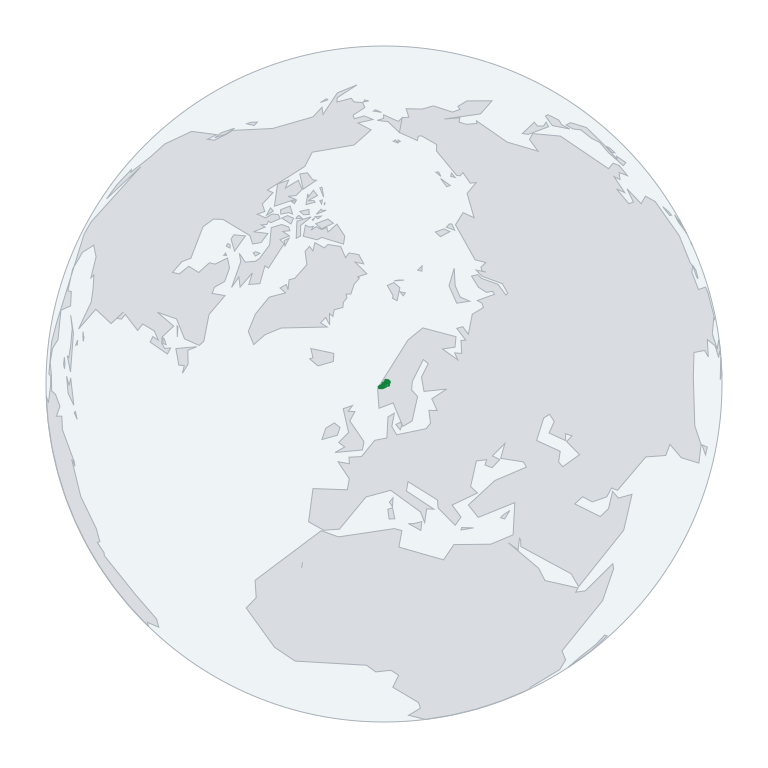 globe centered on Møre og Romsdal
{"feature_id": "NOR-910", "entity_name": "Møre og Romsdal", "entity_type": "County", "adm_level": 1, "iso_a3": "NOR", "parent_name": "Norway", "parent_adm1": "", "projection": "orthographic", "projection_center": [7.305, 62.718], "detail": "fine", "context": "on_globe", "style": "filled", "palette": "green", "viewbox_px": 768, "rotation_deg": 0, "n_neighbors": 0, "source": "natural_earth", "source_scale": "10m", "svg_char_len": 15426}
<svg xmlns="http://www.w3.org/2000/svg" viewBox="0 0 768 768"><circle cx="384" cy="384" r="338" fill="#eef3f6" stroke="#a8b0b8"/><path d="M46.3,396.2L48.4,402.7L50.7,385.0L50.7,376.2L48.9,373.9L51.6,342.0L56.3,323.9L84.1,234.1L91.2,221.8L97.9,214.4L140.7,166.8L106.6,198.8L116.8,184.9L131.3,169.6L130.9,172.2L150.8,156.6L164.6,144.1L191.6,131.4L216.5,134.6L207.5,139.4L214.5,140.1L226.3,134.3L232.4,130.4L272.6,128.5L313.0,116.9L322.0,107.2L323.0,114.4L337.4,92.8L356.9,84.9L337.2,97.7L336.9,102.0L351.3,98.3L354.1,102.0L362.7,102.5L364.8,107.5L353.1,115.2L354.3,118.7L364.4,115.9L372.9,119.5L357.9,123.0L371.1,129.9L354.0,145.0L312.2,152.2L304.8,166.5L267.4,190.1L273.0,192.7L262.3,204.0L264.8,211.5L257.1,214.2L265.7,217.9L272.2,214.0L278.2,214.5L280.2,218.6L270.8,222.7L268.4,221.2L266.8,224.5L261.2,224.8L265.1,227.1L253.5,231.8L267.9,233.5L261.1,242.5L252.6,244.0L249.8,235.5L223.0,219.4L213.5,219.1L203.0,226.7L190.9,258.2L182.0,261.6L172.5,272.4L179.1,274.0L188.8,266.3L198.7,272.5L209.4,262.8L215.0,264.1L227.5,258.0L229.5,268.1L224.7,281.4L214.5,287.2L212.1,293.4L225.0,295.6L209.0,314.5L203.8,341.2L199.3,345.4L184.6,338.9L176.5,318.9L157.5,312.3L173.7,326.1L162.0,337.1L161.7,343.1L164.6,348.3L170.6,348.0L167.4,354.0L150.2,342.1L152.8,336.5L158.3,340.2L154.4,331.0L142.7,324.0L137.7,330.5L125.3,314.4L121.5,319.1L116.8,318.4L123.5,311.9L111.1,323.6L95.8,309.3L78.5,329.0L91.2,302.1L93.1,288.9L93.9,275.0L90.9,277.9L96.1,256.8L93.7,245.2L82.6,252.2L72.6,269.1L67.9,290.8L71.3,291.5L70.6,305.9L60.9,310.2L58.0,339.6L52.5,348.4L50.2,362.3L51.3,374.3L51.7,391.0L55.4,394.2L60.0,406.3L56.4,416.2L61.8,416.2L62.4,429.6L73.6,460.1L71.8,459.9L80.8,496.7L96.3,528.6L99.8,541.6L97.4,542.5L104.1,552.9L104.3,555.7L136.0,595.2L156.6,619.0L158.8,627.2L147.3,622.3L148.6,626.5L130.8,607.8L114.5,587.8L99.7,566.6L86.6,544.4L75.2,521.2L65.6,497.3L57.9,472.6L52.1,447.5L48.2,422.0L46.3,396.2ZM73.4,333.2L70.5,372.0L67.3,355.7L68.8,357.5L70.6,346.3L72.2,328.7L70.7,315.2L73.4,333.2ZM82.9,337.5L83.0,331.6L83.6,336.7L82.9,337.5ZM234.6,128.2L226.3,133.8L214.6,137.9L221.2,132.7L234.6,128.2ZM257.3,122.1L254.2,125.5L246.7,123.8L250.8,122.3L257.3,122.1ZM327.8,99.8L320.4,102.5L326.6,98.7L327.8,99.8ZM363.5,101.8L364.7,99.9L368.7,101.0L363.5,101.8ZM225.6,253.0L226.5,255.4L223.7,255.3L225.6,253.0ZM230.1,248.1L226.2,246.1L227.8,243.5L230.1,244.8L230.1,248.1ZM375.5,109.8L381.5,112.4L373.4,111.0L375.5,109.8ZM234.6,251.1L231.0,239.2L233.9,234.8L245.4,235.9L234.6,251.1ZM383.6,114.8L398.3,121.4L402.2,117.7L399.4,132.5L387.9,121.6L377.3,120.4L383.6,118.3L383.6,114.8ZM273.4,211.0L266.6,215.3L270.4,207.9L273.4,211.0ZM274.4,206.2L277.6,183.9L288.7,180.0L285.4,188.1L298.3,180.3L302.2,189.3L296.0,195.6L288.0,196.3L295.5,199.3L274.4,206.2ZM395.6,139.9L397.4,142.8L393.2,141.2L395.6,139.9ZM280.8,214.1L280.5,209.8L290.1,206.0L292.6,214.0L288.7,212.6L280.8,214.1ZM299.8,174.0L307.4,172.8L312.6,179.7L316.3,180.3L303.2,189.2L299.8,174.0ZM287.5,215.6L293.6,218.2L290.9,223.9L281.8,218.1L287.5,215.6ZM291.6,201.7L296.3,200.4L294.5,203.7L291.6,201.7ZM284.9,246.0L284.2,240.6L289.2,238.1L284.9,246.0ZM296.0,218.8L296.9,216.9L298.8,215.4L302.1,218.3L296.0,218.8ZM307.8,193.6L308.4,196.9L313.4,190.3L317.5,195.5L308.1,200.6L313.9,200.6L315.1,202.2L306.0,204.6L307.8,193.6ZM311.2,216.8L300.6,225.5L300.6,235.9L296.2,238.3L296.9,221.2L311.2,216.8ZM308.9,209.4L309.3,214.5L303.6,214.7L299.9,211.4L308.9,209.4ZM323.7,197.2L319.8,187.9L322.0,187.2L323.7,197.2ZM312.3,219.7L314.8,217.6L313.0,220.4L312.3,219.7ZM321.5,204.0L319.8,200.7L322.4,199.9L321.5,204.0ZM321.3,216.1L317.9,218.8L315.2,216.6L321.3,216.1ZM322.3,210.5L326.2,210.2L316.3,214.2L321.1,209.2L322.3,210.5ZM324.1,203.8L325.1,202.2L324.5,205.2L324.1,203.8ZM333.4,223.2L321.6,228.8L315.7,223.7L328.0,219.0L333.4,223.2ZM720.5,352.7L720.7,355.2L719.4,352.1L718.7,357.6L715.1,345.8L707.3,339.6L708.3,356.9L704.6,350.4L694.0,352.5L693.3,377.3L694.8,425.9L701.1,444.7L698.9,463.1L681.3,457.7L670.0,444.4L665.7,455.5L645.8,456.9L617.5,490.3L611.6,488.0L606.7,496.9L592.3,501.9L582.6,496.7L574.8,503.9L600.3,516.6L608.5,508.7L612.6,491.4L618.4,498.1L632.0,494.3L623.7,530.2L578.6,586.7L571.2,573.8L520.9,546.6L520.7,539.9L520.3,539.3L519.5,538.3L518.1,550.0L508.4,542.8L538.6,568.2L545.0,580.6L578.1,588.0L575.7,592.2L585.4,590.8L612.8,563.7L613.6,568.7L602.6,600.6L562.0,650.8L565.6,659.9L559.8,669.5L530.7,687.1L529.5,689.0L524.7,691.2L500.7,701.1L476.1,709.1L450.9,715.2L425.3,719.4L408.5,715.3L420.4,708.2L418.5,702.5L392.8,687.2L398.7,675.3L391.0,670.3L375.7,671.9L366.5,665.2L357.0,664.7L295.2,661.1L274.7,647.4L246.2,608.0L256.2,597.7L255.1,580.3L321.2,530.7L338.5,536.9L394.3,528.6L401.9,530.6L398.9,547.1L443.6,559.9L453.8,544.6L490.8,544.2L513.1,534.8L514.8,502.6L478.2,517.4L468.4,505.0L494.9,480.5L526.4,467.1L523.5,461.9L500.7,458.3L504.9,443.4L492.4,455.9L499.7,459.6L492.1,467.7L485.0,465.0L486.7,459.7L476.4,460.9L470.6,486.5L477.4,493.0L452.1,505.0L461.0,517.1L455.2,525.3L438.1,508.0L437.5,500.0L408.0,481.6L406.4,491.0L434.0,509.2L426.7,508.9L424.7,522.6L420.5,511.9L390.7,490.3L365.9,497.0L339.5,529.1L323.9,530.3L308.6,521.8L313.0,488.6L347.3,489.8L349.3,478.8L338.0,461.7L349.4,463.8L349.0,457.2L361.5,456.6L374.8,440.3L386.9,438.0L388.0,417.0L394.3,413.1L391.8,426.5L396.6,434.8L426.1,428.7L430.5,423.2L428.9,410.3L437.2,410.5L431.8,398.8L446.7,389.1L424.0,391.4L421.5,377.1L428.2,363.6L423.3,359.5L412.3,381.5L411.6,390.0L417.6,396.5L412.1,421.0L402.9,426.4L393.1,402.9L379.0,408.3L377.6,388.3L408.0,340.0L422.8,327.9L456.0,336.7L455.0,347.1L442.5,349.0L457.8,359.9L454.7,352.9L461.7,353.4L461.0,340.4L465.8,340.2L456.8,328.4L462.7,326.7L468.3,334.2L472.3,314.2L483.4,307.6L482.0,303.2L477.3,300.5L494.5,294.3L492.7,291.4L486.3,292.3L478.5,287.2L471.5,276.1L477.9,274.6L481.3,278.3L497.9,284.3L506.0,295.1L507.8,293.4L502.4,283.7L482.1,276.3L476.1,270.1L485.9,272.1L481.9,270.9L480.9,267.3L485.8,262.5L475.1,259.8L455.5,224.8L463.1,212.6L474.1,217.8L467.1,193.4L476.2,182.5L470.3,183.2L463.0,172.6L460.1,175.8L456.7,175.4L436.5,151.0L436.7,144.5L421.4,135.8L418.3,136.2L417.3,140.5L399.4,132.5L402.2,117.7L408.9,117.2L406.1,108.7L421.8,109.1L433.5,105.9L452.4,112.1L460.0,109.4L457.9,106.4L466.8,100.9L492.0,100.8L480.5,113.9L444.4,119.0L459.9,117.8L459.0,122.1L466.2,124.3L476.9,123.5L476.5,120.8L507.2,142.1L538.1,151.2L529.5,139.5L532.7,133.6L560.4,136.1L608.5,168.7L613.1,163.2L619.1,165.5L627.5,175.7L619.1,172.5L620.0,179.6L614.0,176.6L624.7,192.6L616.6,189.0L628.9,203.7L633.4,202.0L627.0,188.8L641.2,203.7L645.4,196.2L655.2,201.5L679.3,235.8L690.0,262.3L692.6,266.1L691.9,272.4L698.5,289.5L705.5,287.1L707.8,292.1L715.0,320.3L713.8,317.3L712.3,333.9L717.3,349.2L718.7,339.6L719.3,342.1L720.5,352.7ZM302.5,562.2L301.7,567.8L302.5,562.2ZM562.8,466.7L579.6,454.7L566.6,441.5L572.0,435.9L565.6,433.7L565.6,440.6L549.1,433.0L554.3,421.5L549.5,414.3L543.6,418.1L536.6,440.5L560.2,451.3L558.6,462.0L562.8,466.7ZM74.1,460.9L75.0,466.4L72.9,461.6L74.1,460.9ZM64.4,357.2L65.0,363.9L64.5,368.8L63.6,364.3L64.4,357.2ZM75.4,411.4L77.2,419.4L74.2,412.7L75.4,411.4ZM70.7,377.9L73.8,405.2L68.1,393.2L66.6,376.1L69.1,385.6L70.7,377.9ZM77.6,340.0L77.4,344.7L75.7,345.3L77.6,340.0ZM83.3,341.3L83.0,339.9L84.1,336.5L83.3,341.3ZM163.0,337.8L164.3,338.9L166.2,344.8L163.0,343.4L163.0,337.8ZM188.1,364.1L182.4,373.3L184.3,365.6L178.8,365.1L175.9,348.6L196.8,346.7L187.8,350.3L188.1,364.1ZM177.9,326.8L177.3,337.0L177.1,325.9L177.9,326.8ZM334.4,422.9L340.0,427.5L337.3,435.3L321.9,439.5L325.8,428.2L334.4,422.9ZM348.6,432.5L343.2,408.7L352.5,405.5L348.2,411.3L354.9,411.6L349.8,420.9L364.0,441.7L362.4,450.0L335.0,452.5L344.8,446.9L338.7,442.5L348.6,432.5ZM313.0,357.7L310.8,348.5L333.8,353.4L333.3,361.5L318.0,365.9L309.7,358.9L313.0,357.7ZM255.5,256.0L253.2,252.9L255.7,251.7L259.9,253.3L255.5,256.0ZM284.2,243.6L268.4,268.1L264.9,265.8L259.9,283.6L248.8,284.5L252.4,272.9L240.1,287.1L238.9,277.0L231.6,287.5L240.8,261.6L239.3,253.4L245.3,262.1L255.5,261.3L259.5,258.6L269.6,244.9L271.3,227.6L281.8,224.5L288.7,227.0L289.9,230.7L282.7,231.4L289.4,235.9L280.0,239.8L284.2,243.6ZM363.8,263.9L355.0,262.1L366.9,273.8L357.5,276.9L359.5,278.0L354.1,284.3L350.9,294.0L346.1,294.1L347.0,297.9L343.4,302.2L342.9,307.5L334.2,309.7L332.9,316.4L329.5,313.6L329.7,324.8L325.6,317.5L320.6,322.8L327.2,327.0L281.2,328.0L265.0,334.7L253.7,344.6L248.3,331.4L255.4,314.1L269.1,297.2L285.5,292.9L280.1,288.0L286.3,284.5L288.0,289.8L289.1,279.7L294.7,278.4L306.9,264.7L305.1,251.4L309.5,246.3L313.0,250.9L314.9,242.6L324.5,247.9L327.9,244.5L340.7,246.5L345.5,257.7L348.9,253.0L358.8,254.6L363.8,263.9ZM336.9,224.1L344.8,236.2L343.5,244.1L321.7,237.4L317.3,239.8L303.3,236.3L305.5,225.1L309.3,227.1L313.5,226.4L311.1,230.2L316.2,226.7L321.6,229.5L326.9,227.6L328.0,232.0L336.9,224.1ZM408.4,523.6L413.8,523.6L421.9,521.6L420.8,530.4L408.4,523.6ZM387.8,509.3L392.5,507.8L394.8,518.8L389.1,519.0L387.8,509.3ZM393.0,497.8L392.5,506.8L389.4,502.1L393.0,497.8ZM395.9,424.5L400.6,422.2L401.9,425.1L400.2,429.9L395.9,424.5ZM397.1,300.7L392.3,298.1L393.2,295.9L387.3,285.5L393.8,282.6L399.9,287.7L397.1,300.7ZM509.8,510.5L504.6,519.0L500.6,517.7L503.2,515.0L509.8,510.5ZM461.5,527.6L473.5,527.9L461.0,530.0L461.5,527.6ZM403.2,295.8L400.1,291.8L405.3,292.9L403.2,295.8ZM398.3,280.0L404.1,280.1L393.9,281.0L398.3,280.0ZM567.8,667.6L579.9,657.1L595.9,644.4L604.7,635.0L607.1,636.0L591.2,650.9L567.8,667.6ZM721.8,374.2L720.2,379.7L720.5,368.9L720.8,357.0L721.8,374.2ZM702.1,444.9L707.3,447.1L705.5,455.0L702.1,444.9ZM692.2,245.4L690.7,242.2L690.9,242.6L692.2,245.4ZM684.6,229.8L685.8,232.1L686.5,233.7L684.6,229.8ZM695.9,270.2L698.2,278.8L696.6,277.0L692.6,265.1L695.9,270.2ZM662.7,206.6L668.9,212.0L671.5,215.2L669.6,215.4L662.7,206.6ZM454.2,268.3L455.2,285.8L460.2,297.1L469.8,301.2L456.7,303.2L449.0,285.7L454.2,268.3ZM454.7,230.2L446.3,227.2L449.5,223.9L451.9,224.1L454.7,230.2ZM449.9,231.6L440.4,236.7L435.4,232.0L443.9,228.9L449.9,231.6ZM422.1,265.9L421.9,271.2L417.7,270.1L422.1,265.9ZM679.9,220.8L685.3,231.5L678.1,221.7L674.6,214.8L681.5,224.7L679.0,219.2L679.9,220.8ZM614.9,152.8L611.6,152.3L606.4,146.3L610.1,148.3L614.9,152.8ZM586.3,127.5L603.9,144.6L617.4,159.4L616.6,156.2L625.8,162.6L623.3,165.6L608.7,152.8L599.6,142.3L591.6,138.4L580.9,129.9L573.0,128.9L566.2,124.9L570.6,122.7L586.3,127.5ZM569.9,129.0L552.3,125.6L545.5,116.1L547.9,114.7L558.8,120.1L561.8,124.8L569.9,129.0ZM546.1,122.1L548.7,126.7L528.3,134.3L522.4,133.6L534.3,122.2L537.4,126.0L543.6,126.0L546.1,122.1ZM400.3,141.3L397.6,142.7L398.1,139.9L400.3,141.3ZM455.2,177.5L450.7,176.4L451.4,173.0L455.2,177.5ZM438.6,171.9L440.9,176.4L435.8,172.2L438.6,171.9ZM446.7,186.7L440.6,178.5L450.2,185.4L446.7,186.7Z" fill="#d9dde1" stroke="#a8b0b8" stroke-width="1"/><path d="M378.9,388.1L379.0,388.0L379.1,387.7L379.3,387.8L379.2,387.6L378.8,387.5L378.7,387.4L378.8,387.1L379.4,387.2L379.5,387.5L379.5,387.3L379.5,387.2L379.8,387.1L380.0,387.0L380.2,387.5L380.0,387.9L380.0,388.1L380.2,387.7L380.3,387.4L380.5,387.6L380.5,387.8L380.7,387.7L381.0,387.7L381.4,387.9L380.6,387.6L380.4,387.1L380.2,387.0L380.2,386.8L380.5,387.0L380.4,386.9L380.3,386.7L380.5,386.4L381.3,386.0L381.5,386.6L381.7,386.8L381.9,387.2L381.9,387.4L381.9,387.6L382.0,387.4L381.8,386.7L381.6,386.4L381.5,386.1L381.5,385.9L381.8,385.9L382.0,386.1L382.0,385.9L381.9,385.8L382.3,385.6L382.8,385.8L382.8,386.1L383.1,386.6L383.2,387.1L383.0,387.5L383.5,387.5L383.2,387.6L383.3,387.2L383.2,386.7L383.3,386.6L383.5,386.6L383.7,386.8L383.9,386.6L384.0,386.6L384.3,386.9L384.2,386.6L383.6,386.5L383.2,386.4L382.9,386.1L383.1,386.0L382.8,385.6L382.5,385.5L382.6,385.4L382.3,385.4L381.8,385.7L381.5,385.7L381.3,385.5L381.1,385.6L381.4,385.4L381.7,385.3L382.3,385.3L382.1,385.2L381.7,385.2L382.0,385.1L381.9,385.1L381.2,385.1L381.2,384.9L381.2,384.7L381.9,384.6L382.0,384.7L382.1,384.9L382.1,384.6L382.5,384.4L382.9,384.7L382.9,384.8L382.9,384.7L383.0,384.6L382.9,384.4L383.0,384.4L383.4,384.4L383.4,384.5L383.5,385.1L383.6,384.8L383.5,384.7L384.2,384.7L384.3,385.0L384.6,385.0L384.6,385.3L384.7,385.2L385.3,384.8L385.2,384.8L384.5,384.9L384.3,384.7L384.4,384.4L384.5,384.5L384.5,384.8L384.6,384.6L384.6,384.4L384.8,384.1L385.4,383.9L385.9,383.9L386.3,384.1L386.2,384.0L386.1,383.9L386.0,383.7L384.9,383.9L384.5,384.2L384.2,384.2L384.3,384.0L384.2,383.9L384.4,383.7L385.0,383.5L384.8,383.5L384.0,383.8L383.1,384.0L383.0,383.9L383.1,383.7L383.2,383.4L383.3,383.4L383.8,383.4L383.5,383.2L383.2,383.3L383.1,383.0L383.0,382.9L382.9,382.9L383.4,382.4L383.9,382.3L384.3,382.6L384.4,382.8L384.5,382.9L385.0,382.5L385.3,382.5L385.2,382.7L385.0,382.8L385.4,382.6L385.6,382.6L385.8,382.5L386.1,382.6L386.2,382.8L386.2,383.1L386.3,383.4L386.4,383.5L386.7,383.6L387.0,383.9L387.3,384.0L387.4,384.3L387.4,384.2L386.8,383.5L386.5,383.4L386.4,383.2L386.4,382.8L386.3,382.6L385.9,382.3L385.8,382.2L385.7,382.2L385.8,382.3L385.5,382.3L385.7,382.0L385.8,381.8L386.1,381.7L386.2,381.9L386.2,382.0L386.3,382.2L386.5,382.3L386.7,382.5L386.8,382.6L386.7,382.6L386.8,382.8L386.8,383.0L387.2,383.2L387.3,383.2L387.0,382.9L387.4,383.0L387.6,383.2L387.8,383.3L387.5,383.0L387.2,382.9L387.0,382.6L387.6,382.5L387.7,382.4L387.3,382.4L387.4,382.2L387.2,382.3L386.9,382.5L386.7,382.3L387.1,382.2L386.5,382.2L386.5,381.9L386.3,381.6L386.6,381.8L386.7,381.7L386.5,381.4L387.3,381.5L387.6,381.7L387.4,381.5L387.4,381.4L387.5,381.2L388.1,381.1L388.1,381.3L388.1,381.5L388.3,381.5L388.6,381.4L389.1,381.4L389.1,381.1L389.6,381.0L389.8,381.9L390.1,382.1L389.8,382.5L389.7,382.6L389.8,382.9L389.7,383.2L388.4,383.8L388.4,384.0L389.1,384.7L389.3,384.8L389.1,385.7L388.9,385.9L388.5,386.0L388.2,385.9L387.0,386.0L386.3,386.2L386.1,386.7L386.0,387.0L385.8,387.1L385.7,387.1L385.4,387.0L385.2,387.1L384.8,387.5L384.5,387.6L384.1,387.9L383.5,388.0L383.2,388.2L382.6,388.4L382.3,387.9L382.2,387.8L381.6,388.1L381.3,388.4L381.1,388.3L380.9,388.2L380.7,388.4L380.2,388.2L379.8,388.3L379.6,388.3L379.2,388.4L378.9,388.2L378.9,388.1ZM388.2,381.0L387.5,381.1L387.4,380.8L387.1,380.6L387.8,380.3L387.9,380.2L387.7,380.2L387.5,379.9L387.9,379.8L388.0,380.0L388.3,380.2L388.2,381.0ZM385.6,380.3L385.8,380.3L385.3,380.1L385.2,379.9L385.6,379.8L385.8,379.5L386.0,379.5L386.2,379.8L386.3,379.9L386.3,380.0L386.2,380.3L385.8,380.5L385.8,380.4L385.6,380.3ZM384.9,382.0L385.1,382.3L384.9,382.4L384.6,382.7L384.4,382.5L384.2,382.5L384.2,382.4L384.3,382.2L384.5,381.9L384.5,382.0L384.8,381.9L384.7,381.6L384.9,381.7L384.9,382.0ZM380.3,385.7L380.4,386.0L380.6,386.2L380.1,386.7L379.9,386.7L380.0,386.5L380.0,386.3L379.9,386.1L379.9,385.9L380.1,385.7L380.3,385.7ZM379.7,386.5L379.9,386.6L379.9,386.8L379.6,387.1L379.2,387.0L379.0,386.8L379.3,386.8L379.1,386.7L379.6,386.4L379.7,386.5ZM387.0,380.6L387.4,381.1L387.4,381.3L386.8,381.3L386.5,380.9L386.6,380.7L386.7,380.8L386.8,380.7L386.9,381.0L386.9,380.9L386.9,380.7L387.0,380.6ZM386.1,380.9L386.3,381.1L386.4,381.4L385.9,381.5L385.7,381.3L386.1,380.9L386.1,380.9ZM382.8,383.8L383.0,384.0L382.9,384.1L382.3,384.4L382.3,384.2L382.2,384.2L382.3,384.1L382.3,383.9L382.5,384.0L382.8,383.8ZM385.3,381.9L385.6,381.7L385.6,381.8L385.5,382.1L385.3,382.2L385.0,382.0L385.1,381.8L385.3,381.9ZM381.2,385.7L381.3,385.7L381.3,385.8L380.9,385.9L380.7,385.8L380.5,385.6L381.0,385.6L381.2,385.7ZM382.7,383.3L383.0,383.2L383.0,383.3L382.9,383.5L382.6,383.4L382.6,383.2L382.7,383.3ZM386.5,381.0L386.7,381.3L386.4,381.4L386.3,381.1L386.5,381.0ZM379.4,386.3L379.3,386.2L379.6,386.1L379.7,386.3L379.5,386.2L379.4,386.3ZM379.3,386.2L379.1,386.2L379.3,386.1L379.3,386.2Z" fill="#22c55e" stroke="#15803d" stroke-width="1.5"/></svg>